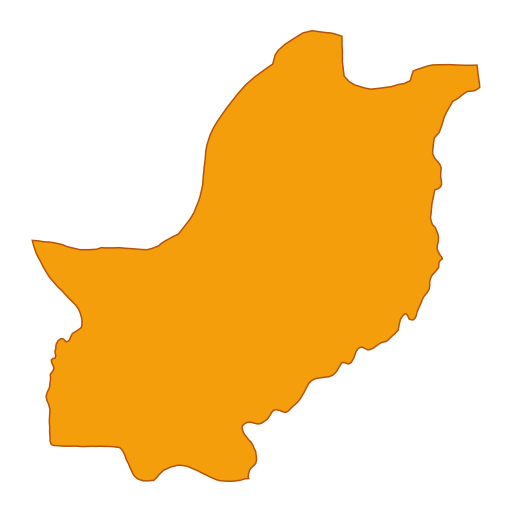 Srei Santhor, Kâmpóng Cham, Cambodia
{"feature_id": "14789045B31299536957784", "entity_name": "Srei Santhor", "entity_type": "district", "adm_level": 2, "iso_a3": "KHM", "parent_name": "Cambodia", "parent_adm1": "Kâmpóng Cham", "projection": "natural_earth1", "projection_center": [105.161, 11.842], "detail": "fine", "context": "isolated", "style": "filled", "palette": "amber", "viewbox_px": 512, "rotation_deg": 0, "n_neighbors": 0, "source": "geoboundaries", "source_scale": "gbopen_adm2", "svg_char_len": 4693}
<svg xmlns="http://www.w3.org/2000/svg" viewBox="0 0 512 512"><path d="M32.3,240.4L33.6,245.4L36.0,252.7L38.2,257.3L40.2,260.9L43.1,266.6L45.5,270.8L49.2,276.8L56.6,285.5L59.2,288.2L61.8,290.5L64.9,294.0L68.3,297.6L70.3,299.6L76.1,305.5L78.9,309.8L80.4,313.7L81.9,319.0L82.0,324.4L81.4,327.4L77.6,330.4L75.0,331.9L72.4,333.5L70.7,336.8L69.5,339.8L67.7,341.5L66.2,341.8L63.4,339.0L61.1,338.5L58.1,340.7L56.2,344.1L55.8,347.1L55.8,348.7L54.9,351.3L55.1,352.9L55.4,354.1L55.8,355.6L55.1,358.1L52.7,358.6L51.3,360.1L51.8,362.8L53.2,365.8L53.9,368.2L53.2,370.5L51.2,373.1L50.3,374.1L50.5,379.1L49.5,387.2L48.9,388.9L47.3,392.1L46.1,396.3L47.0,400.7L48.7,404.4L50.0,409.7L49.6,415.2L49.3,421.7L49.7,427.0L49.6,431.5L50.0,436.7L50.1,441.2L51.1,444.0L52.3,445.0L54.7,445.6L55.9,445.6L58.9,445.8L63.4,446.1L67.2,446.2L70.8,446.2L73.6,446.1L77.5,446.2L80.5,446.5L83.6,446.6L87.4,446.4L91.4,446.3L95.7,446.4L100.1,446.2L104.2,446.4L110.1,446.5L113.0,446.7L117.0,447.2L118.6,447.3L119.7,447.7L121.1,448.8L122.3,450.2L123.8,453.0L124.7,455.0L125.6,457.4L126.5,460.0L127.6,462.1L128.6,463.8L129.1,465.3L129.6,466.7L130.3,468.1L131.2,470.1L132.1,472.0L133.0,473.9L134.0,475.5L135.6,477.1L137.9,479.0L141.0,480.1L144.0,480.8L147.0,480.9L150.3,480.6L153.7,480.4L156.7,477.6L159.3,474.4L161.2,472.5L163.7,470.2L166.5,469.0L168.9,467.8L171.8,466.7L173.8,466.3L176.1,465.6L178.6,465.2L181.0,465.3L184.5,465.8L186.9,466.2L190.5,467.6L194.4,469.4L197.9,470.8L202.0,473.1L204.6,474.2L207.9,475.9L212.0,477.8L215.7,479.4L217.9,480.1L219.4,480.6L223.3,480.9L226.7,481.2L231.2,481.3L236.0,480.9L240.7,480.1L244.9,478.8L248.7,478.6L248.3,477.2L248.3,474.8L248.9,472.5L249.5,470.5L250.6,468.6L252.2,466.9L254.5,464.9L255.7,463.3L256.6,459.9L256.4,457.2L256.0,454.1L255.6,451.2L254.2,448.7L253.5,446.6L253.0,445.4L251.9,443.6L251.3,442.6L250.5,441.6L248.7,439.8L247.2,437.9L245.1,435.2L243.4,432.5L242.7,430.3L242.1,427.7L242.5,425.7L244.2,424.1L246.0,422.9L248.4,422.1L251.7,422.4L255.1,423.4L257.9,424.0L260.3,423.6L262.0,422.9L264.4,421.3L267.0,419.4L268.7,417.4L271.6,412.5L273.6,410.2L276.3,409.7L280.0,410.6L284.3,412.3L286.3,412.2L288.8,410.5L290.6,408.6L293.0,406.2L295.9,403.8L298.7,400.9L301.3,397.1L304.3,392.0L306.4,387.7L308.6,383.6L311.7,380.5L314.5,379.1L316.1,378.5L320.4,377.8L325.0,377.2L329.1,376.7L332.7,375.2L334.9,373.3L337.1,370.6L339.8,365.9L341.8,362.8L343.8,362.4L348.4,364.0L351.0,362.7L353.6,358.5L354.9,355.0L356.1,351.4L358.4,348.5L360.1,347.3L362.3,347.2L365.0,348.5L367.8,349.9L369.8,349.6L373.1,348.3L378.4,344.4L380.5,343.0L381.7,342.5L382.9,342.1L384.6,341.8L386.1,341.5L388.2,339.9L390.0,338.1L392.9,335.4L395.3,333.3L398.2,330.0L399.4,323.5L400.5,319.2L401.5,317.9L402.1,316.8L402.9,315.7L404.5,314.2L405.9,313.7L407.5,315.4L409.2,319.1L411.0,319.7L413.1,319.9L414.7,318.5L416.1,316.1L417.0,312.1L419.4,306.5L420.9,303.3L422.5,299.2L423.8,296.7L426.8,293.0L429.1,289.5L429.7,285.9L429.7,281.7L430.7,277.8L432.2,275.1L435.9,271.0L438.6,267.6L438.9,263.8L439.2,261.7L440.6,260.2L442.4,258.9L441.8,257.4L439.7,254.5L437.8,250.6L437.1,248.9L437.3,245.3L438.3,241.5L438.5,236.8L437.8,233.8L436.0,229.2L434.8,226.9L432.5,224.7L431.2,221.1L430.5,217.6L431.0,214.0L431.5,208.8L431.9,204.0L433.7,195.3L434.7,190.0L438.5,188.5L440.3,187.1L441.6,184.4L441.4,180.7L440.6,177.4L440.8,172.1L441.2,167.9L439.8,164.3L437.9,161.9L434.7,158.3L432.6,153.8L432.9,148.7L433.6,142.5L434.3,138.1L435.4,136.7L439.0,132.7L440.7,128.5L442.6,122.9L444.1,117.3L446.7,111.9L452.8,101.3L455.7,99.8L458.8,97.8L462.7,94.5L467.4,91.4L471.9,91.1L475.1,90.5L477.3,89.1L479.7,87.5L479.5,84.0L479.0,80.4L477.9,73.1L477.4,67.8L477.0,65.1L474.8,65.2L470.4,65.3L465.6,65.3L459.7,65.1L449.2,64.6L443.6,64.7L437.3,64.8L433.1,64.9L428.6,65.7L416.6,69.6L413.1,71.1L410.2,80.7L404.0,83.6L398.1,84.6L391.5,86.6L381.4,88.0L370.9,89.2L365.5,88.2L355.1,85.1L349.1,81.6L344.1,76.0L342.4,61.7L342.4,50.5L342.0,45.6L342.0,36.3L334.3,33.7L330.3,32.9L326.9,32.7L322.7,32.2L313.2,30.9L312.1,30.7L303.0,32.9L295.5,37.5L285.2,44.1L278.2,50.4L275.2,54.8L272.7,64.1L266.4,68.4L265.4,69.1L255.2,76.6L246.2,84.3L238.3,93.2L236.3,95.7L226.8,107.8L218.0,120.4L213.8,127.3L210.3,134.5L208.0,141.6L206.7,145.8L206.4,148.1L205.8,150.7L205.1,160.3L204.1,167.6L203.2,177.6L202.7,185.1L199.9,197.2L198.1,202.4L195.8,207.9L193.9,212.8L189.6,219.8L183.0,228.2L178.6,233.8L177.7,234.5L173.6,236.3L169.2,238.7L165.2,240.9L161.1,243.6L158.8,245.8L152.7,248.2L147.2,249.7L141.7,249.5L132.4,248.7L124.5,248.2L122.0,247.9L119.5,247.7L112.9,247.9L105.1,247.9L101.4,247.6L96.9,249.2L89.1,249.7L80.0,249.7L67.3,246.7L61.8,244.5L57.3,243.5L53.3,242.6L48.9,242.0L45.3,241.9L42.1,241.5L38.2,240.8L32.3,240.4Z" fill="#f59e0b" stroke="#b45309" stroke-width="1.5"/></svg>